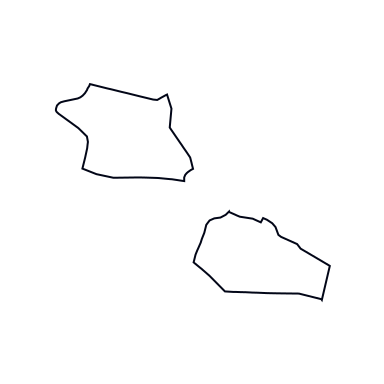 As Sawadiyah, Al Bayda', Yemen (Natural Earth projection), rotated 284°
{"feature_id": "15242507B42548243953389", "entity_name": "As Sawadiyah", "entity_type": "district", "adm_level": 2, "iso_a3": "YEM", "parent_name": "Yemen", "parent_adm1": "Al Bayda'", "projection": "natural_earth1", "projection_center": [45.343, 14.413], "detail": "fine", "context": "isolated", "style": "outline", "palette": "ink", "viewbox_px": 384, "rotation_deg": 284, "n_neighbors": 0, "source": "geoboundaries", "source_scale": "gbopen_adm2", "svg_char_len": 1903}
<svg xmlns="http://www.w3.org/2000/svg" viewBox="0 0 384 384"><g transform="rotate(284 192 192)"><path d="M214.7,187.4L219.0,185.1L220.0,184.6L224.8,182.0L225.2,181.7L229.2,177.3L231.3,174.9L233.4,172.5L233.8,172.1L234.5,171.3L234.6,171.2L235.0,170.8L236.8,168.7L240.7,164.3L247.7,156.4L248.9,155.1L249.2,154.8L267.9,151.9L280.5,144.2L280.4,144.1L279.8,143.3L277.1,140.4L276.2,139.4L275.0,138.2L272.9,136.0L272.3,131.9L272.3,131.3L272.2,118.0L272.2,106.3L272.2,105.7L272.2,105.3L272.1,99.2L272.1,88.8L272.0,84.8L272.0,81.4L272.0,80.0L272.0,78.0L272.0,74.4L272.0,66.9L271.3,66.8L269.8,66.6L268.5,66.1L267.1,65.6L265.7,65.5L261.9,64.2L258.9,62.5L258.6,62.2L256.9,60.8L255.1,58.5L251.9,51.9L249.1,46.1L247.4,43.1L245.9,41.6L243.3,40.1L241.9,40.0L240.2,39.9L238.5,40.1L237.7,40.6L236.9,41.4L235.6,43.8L226.5,66.3L221.1,75.5L220.5,76.6L215.4,78.9L212.7,79.2L209.1,79.7L199.4,80.0L198.5,80.0L190.2,80.0L188.2,80.0L186.2,95.0L186.8,112.3L193.3,137.0L194.7,143.2L197.2,154.8L197.6,157.0L197.7,157.8L198.6,163.8L199.2,167.7L199.5,169.4L200.1,175.6L200.3,177.8L200.7,181.8L204.2,180.9L207.0,181.3L209.0,182.3L209.6,182.7L210.2,183.1L210.8,183.6L213.0,185.5L214.7,187.4ZM153.6,343.6L153.8,343.1L163.3,311.1L166.9,306.6L170.0,289.3L171.3,286.2L178.2,281.5L181.1,277.4L183.2,271.4L183.8,267.9L183.9,267.3L179.2,266.1L180.3,260.0L180.8,257.4L180.2,250.9L179.6,244.4L180.1,241.1L180.4,239.6L181.6,232.7L181.9,232.6L178.0,230.2L174.1,225.8L171.8,220.0L168.7,216.0L166.7,215.1L163.6,213.8L163.2,213.8L158.1,213.8L155.5,213.8L154.6,213.7L150.2,213.1L148.6,212.9L145.0,212.7L137.4,211.4L137.1,211.3L132.1,210.6L124.1,210.6L120.5,218.2L119.6,220.2L119.3,220.7L114.9,229.3L103.5,248.0L105.0,256.1L105.7,259.0L106.6,263.3L107.8,268.6L109.1,275.3L110.0,279.3L111.9,288.6L112.0,289.1L113.7,296.6L115.5,304.3L119.3,320.3L119.3,330.1L119.3,343.4L118.7,344.1L153.6,343.6Z" fill="none" stroke="#020617" stroke-width="2"/></g></svg>